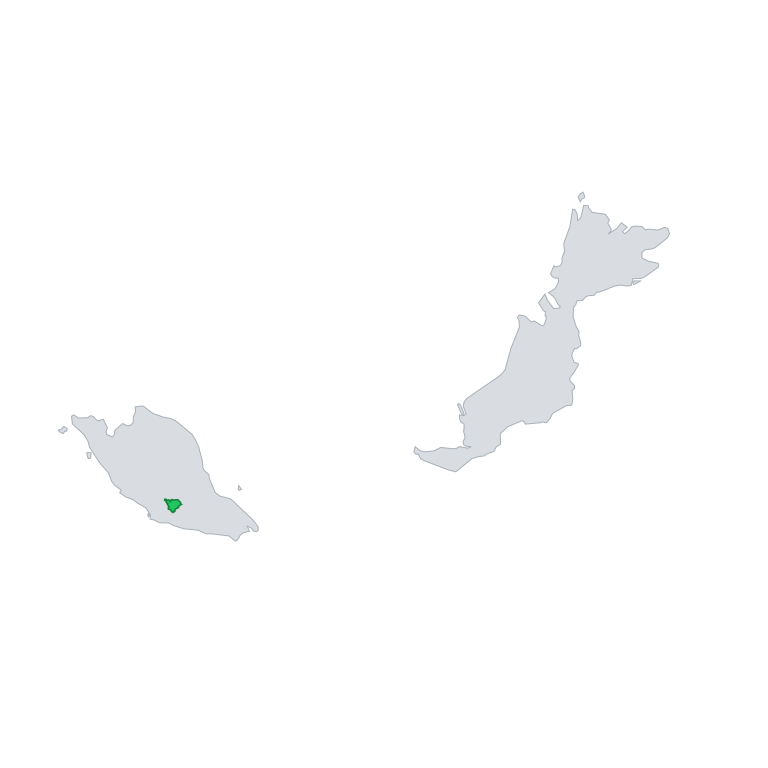 location of Jelebu, Negeri Sembilan, Malaysia, rotated 339°
{"feature_id": "92858781B14475732449391", "entity_name": "Jelebu", "entity_type": "district", "adm_level": 2, "iso_a3": "MYS", "parent_name": "Malaysia", "parent_adm1": "Negeri Sembilan", "projection": "albers", "projection_center": [102.051, 3.062], "detail": "fine", "context": "in_parent", "style": "filled", "palette": "green", "viewbox_px": 768, "rotation_deg": 339, "n_neighbors": 0, "source": "geoboundaries", "source_scale": "gbopen_adm2", "svg_char_len": 5898}
<svg xmlns="http://www.w3.org/2000/svg" viewBox="0 0 768 768"><g transform="rotate(339 384 384)"><path d="M650.2,380.5L646.2,379.8L640.4,376.4L634.6,375.2L617.9,375.4L615.4,374.4L612.2,376.5L606.3,374.8L603.0,375.1L599.3,377.2L594.0,375.4L591.5,378.6L588.2,380.6L584.6,389.0L584.0,399.0L584.8,405.2L583.1,408.6L582.5,415.6L581.3,418.7L576.6,420.1L574.5,419.1L570.3,423.4L569.3,425.2L569.2,432.0L572.5,434.2L572.5,435.6L565.6,441.3L559.7,444.7L558.8,447.6L561.2,453.6L560.3,456.4L557.1,457.9L554.9,465.6L552.1,470.5L551.0,471.0L546.9,469.5L531.0,471.8L526.4,475.9L521.9,478.4L518.3,476.1L516.5,476.3L501.6,472.1L500.9,468.4L499.5,467.8L484.1,468.2L474.6,472.2L471.2,482.0L466.1,483.0L462.4,486.4L455.8,486.1L451.7,487.0L445.2,485.5L439.1,485.3L419.6,491.7L413.3,487.3L394.2,470.2L391.5,467.2L390.9,461.9L388.7,460.9L388.0,459.5L387.6,458.0L390.6,453.6L393.6,459.2L398.4,462.2L406.6,464.3L414.3,463.6L425.0,469.1L428.5,470.0L432.2,469.6L439.0,473.8L443.1,473.9L437.6,471.0L436.6,468.7L437.2,466.2L440.7,462.7L441.2,457.3L443.8,452.0L444.3,449.5L442.4,447.6L441.9,444.4L443.4,439.8L447.0,442.1L450.0,441.5L449.9,433.2L452.2,429.7L455.8,427.2L492.2,418.5L498.2,416.5L502.2,414.0L515.2,396.3L530.7,379.6L532.7,373.8L532.5,369.7L533.5,368.7L535.1,368.1L538.6,370.2L540.4,371.8L543.7,378.8L546.8,379.0L552.0,385.8L553.2,386.6L554.7,386.1L558.6,381.7L559.7,378.5L558.8,378.1L560.6,374.4L558.9,372.1L557.4,363.7L566.5,357.7L566.6,364.5L569.4,374.3L573.9,375.7L576.3,375.1L575.0,372.1L574.5,366.3L573.2,362.5L570.2,357.6L577.9,356.4L583.7,351.1L584.6,347.8L580.8,345.9L579.3,343.4L579.1,340.7L585.1,334.4L585.8,336.1L589.6,336.6L591.5,336.5L594.0,333.9L595.3,330.2L599.9,325.0L602.4,316.9L613.8,303.9L622.8,288.4L624.7,289.6L625.3,293.7L623.4,301.0L627.4,299.2L634.3,288.9L638.4,290.5L638.2,293.3L639.9,298.4L651.5,304.9L653.2,311.5L650.6,314.0L651.6,320.4L650.8,322.4L647.0,324.3L657.3,322.3L663.4,318.5L667.1,324.7L661.2,327.3L662.5,329.9L668.1,328.3L671.5,326.0L674.9,326.5L680.2,328.9L681.8,330.3L682.9,333.4L686.8,334.4L694.9,338.5L702.1,338.3L704.6,340.4L704.5,345.9L700.7,349.2L685.8,353.9L681.8,353.8L676.2,352.3L672.3,353.3L669.9,358.6L674.5,363.8L682.4,369.1L683.5,370.5L682.0,373.2L664.4,377.7L660.7,377.3L654.1,374.8L650.2,380.5ZM78.8,309.6L80.7,302.1L83.5,301.7L86.2,306.1L95.5,309.4L98.3,308.4L99.6,309.0L100.9,310.2L103.5,316.1L109.3,316.2L110.1,325.6L107.3,329.2L107.0,331.6L111.3,336.0L113.8,335.0L116.0,331.0L125.8,327.2L129.8,331.4L133.4,331.4L136.1,329.9L138.2,324.8L142.1,321.0L143.6,316.2L149.2,317.5L151.4,318.5L157.7,328.7L166.1,335.8L172.4,339.7L176.2,343.5L186.6,361.8L187.9,367.8L188.4,376.8L186.8,390.5L184.9,397.3L185.3,400.5L187.9,405.5L187.1,410.1L187.5,424.7L190.7,429.9L199.7,436.3L213.1,464.4L215.4,472.4L214.1,475.4L211.7,476.2L209.7,474.6L208.4,470.8L205.3,467.7L205.6,473.2L199.9,472.5L195.9,473.4L191.1,477.3L188.9,477.4L184.8,470.3L169.7,462.2L164.1,460.1L158.3,454.0L145.0,447.3L136.7,440.7L133.1,436.6L124.5,433.0L120.8,428.7L117.2,426.3L119.1,422.2L117.3,414.3L111.3,407.1L108.3,402.1L102.6,397.1L98.2,390.8L100.8,389.0L96.4,382.3L94.9,377.5L94.9,368.3L90.3,355.5L86.4,337.6L87.1,331.4L86.1,324.6L78.8,309.6ZM634.7,282.4L632.7,284.2L632.1,279.4L634.8,276.9L638.6,276.3L638.7,280.6L637.9,281.8L634.7,282.4ZM70.0,308.8L72.3,312.3L70.5,314.3L69.1,313.8L66.5,315.4L63.7,312.0L63.4,310.3L66.7,310.6L70.0,308.8ZM448.2,440.4L447.2,440.9L445.7,439.7L445.2,429.8L446.3,428.9L447.8,430.8L448.2,440.4ZM85.9,343.4L83.5,348.1L81.1,347.6L81.5,342.2L82.9,341.6L85.9,343.4ZM660.4,379.8L655.8,380.5L652.7,380.5L653.1,377.8L654.6,377.4L660.4,379.8ZM213.1,431.3L210.7,431.4L210.1,430.2L211.9,426.7L213.1,431.3ZM117.9,423.0L116.3,423.5L116.5,421.5L117.7,420.4L117.9,423.0Z" fill="#d9dde1" stroke="#a8b0b8" stroke-width="1"/><path d="M137.5,414.0L137.8,414.0L138.0,414.3L138.1,414.5L138.3,414.9L138.4,415.0L138.5,415.2L138.6,415.4L138.6,415.6L138.6,415.8L138.6,416.1L138.5,416.3L138.4,416.4L138.4,416.5L138.5,416.8L138.6,417.1L138.6,417.3L138.8,417.3L138.8,417.6L138.8,417.8L139.0,417.9L139.2,418.0L139.0,418.3L139.1,418.5L138.9,418.8L138.7,418.9L138.6,419.0L138.8,419.4L138.8,419.5L138.9,419.9L139.0,420.0L139.0,420.3L138.9,420.4L138.9,420.5L139.1,420.6L139.1,420.9L139.1,421.1L139.2,421.4L139.3,421.5L139.2,421.7L138.9,421.7L138.6,422.0L138.4,422.0L138.4,422.3L138.3,422.5L138.2,422.6L138.0,423.0L137.9,423.3L137.8,423.5L138.1,423.7L138.2,423.9L138.4,424.0L138.5,424.0L138.8,424.3L139.1,424.4L139.3,424.5L139.5,424.6L139.6,424.8L139.7,425.1L139.8,425.2L139.9,425.5L139.8,425.9L139.9,426.1L139.8,426.3L139.8,426.5L140.0,426.9L140.0,427.1L140.2,427.4L140.3,427.6L140.6,427.7L140.8,427.7L141.1,427.6L141.1,427.9L141.3,428.0L141.5,428.0L141.7,427.9L141.9,428.0L142.2,427.9L142.4,427.8L142.6,427.9L142.5,428.0L142.9,427.9L143.0,427.6L143.3,427.6L143.3,427.2L143.7,426.9L143.8,426.8L143.9,426.5L144.2,426.3L144.5,426.1L144.7,425.9L144.9,426.0L145.2,426.0L145.5,425.9L145.8,425.7L146.0,425.8L146.2,426.0L146.4,426.0L146.6,425.8L146.8,425.6L147.0,425.5L147.3,425.6L147.6,425.6L147.8,425.6L148.0,425.7L148.1,425.4L148.1,425.1L148.5,424.9L148.6,424.7L148.8,424.4L149.0,424.2L151.8,423.8L151.4,423.3L151.5,423.0L151.5,422.6L151.4,422.3L151.5,421.9L151.6,421.6L151.3,421.4L151.3,420.9L151.1,420.7L151.0,420.3L150.9,420.1L150.6,419.8L150.5,419.6L150.6,419.4L150.7,419.2L150.3,418.9L150.1,418.6L149.9,418.0L149.6,418.0L145.5,416.7L145.3,416.4L145.1,416.1L144.9,416.0L144.7,416.2L144.4,416.2L144.0,416.0L144.0,416.3L143.8,416.3L143.5,416.2L143.3,416.4L143.0,416.6L142.8,416.7L142.7,416.9L142.7,417.1L142.4,416.9L142.2,417.0L142.1,416.8L142.1,416.6L142.0,416.4L142.1,416.1L142.0,415.8L141.9,415.5L141.6,415.1L141.4,415.1L141.1,415.0L140.7,415.1L140.3,414.9L140.1,414.8L139.8,414.8L139.5,414.7L139.5,414.2L139.4,413.6L139.2,413.5L138.9,413.6L138.6,413.6L138.6,413.3L138.3,413.1L138.1,413.0L138.0,413.3L137.9,413.6L137.5,413.9L137.5,414.0Z" fill="#22c55e" stroke="#15803d" stroke-width="1.5"/></g></svg>